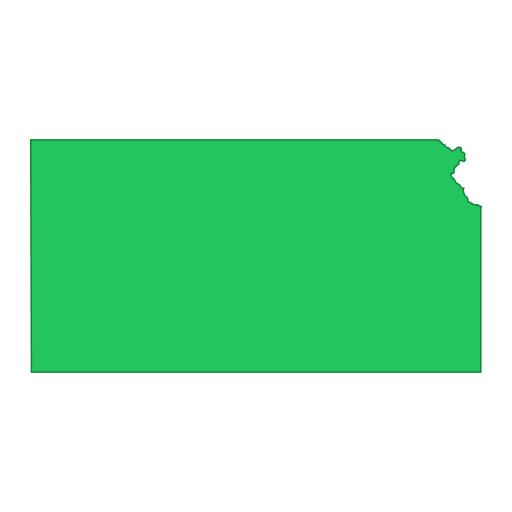 Kansas, Mercator projection
{"feature_id": "USA-3530", "entity_name": "Kansas", "entity_type": "State", "adm_level": 1, "iso_a3": "USA", "parent_name": "United States of America", "parent_adm1": "", "projection": "mercator", "projection_center": [-97.125, 38.5], "detail": "fine", "context": "isolated", "style": "filled", "palette": "green", "viewbox_px": 512, "rotation_deg": 0, "n_neighbors": 0, "source": "natural_earth", "source_scale": "10m", "svg_char_len": 2597}
<svg xmlns="http://www.w3.org/2000/svg" viewBox="0 0 512 512"><path d="M31.4,372.1L31.4,365.0L31.4,357.9L31.4,350.7L31.3,343.6L31.3,336.4L31.3,329.3L31.3,322.1L31.3,314.9L31.2,307.8L31.2,300.6L31.2,293.4L31.2,286.2L31.1,278.9L31.1,271.7L31.1,264.5L31.1,257.2L31.0,250.0L31.0,242.7L31.0,235.4L31.0,228.1L31.0,220.8L30.9,213.5L30.9,206.2L30.9,198.9L30.9,191.5L30.9,184.2L30.8,176.8L30.8,169.5L30.8,162.1L30.8,154.7L30.7,147.3L30.7,139.9L45.0,139.9L57.7,139.9L70.4,139.9L83.1,139.9L95.8,139.9L108.5,139.9L121.2,139.9L133.9,139.9L146.6,139.9L159.3,139.9L172.0,139.9L184.6,139.9L197.3,139.9L210.0,139.9L222.7,139.9L235.4,139.9L248.1,139.9L260.8,139.9L273.5,139.9L286.2,139.9L298.9,139.9L311.6,139.9L324.3,139.9L336.9,139.9L349.6,139.9L362.3,139.9L375.0,139.9L387.7,139.9L400.4,139.9L413.1,139.9L425.8,139.9L438.5,139.9L441.9,143.1L442.7,144.3L443.4,144.5L444.2,144.6L444.7,144.9L445.1,145.6L445.3,146.2L445.6,146.8L446.1,147.3L446.7,147.5L447.9,147.6L448.6,147.9L449.3,148.4L450.9,150.3L452.2,150.9L453.6,150.5L454.9,149.7L456.7,148.1L457.6,147.6L458.6,147.3L460.0,147.3L460.8,147.7L461.2,148.6L461.2,149.7L460.7,150.5L461.6,151.6L464.3,153.2L464.8,154.0L464.8,154.9L464.5,156.4L464.4,157.3L464.6,158.3L465.1,158.8L465.4,159.4L465.3,160.3L464.3,161.2L463.0,161.1L460.0,160.3L459.5,160.5L459.2,161.2L459.0,162.0L458.9,163.9L458.5,164.4L458.0,164.6L457.3,165.1L455.4,167.0L454.4,168.4L454.0,169.7L454.1,171.4L454.0,172.3L453.8,173.0L453.1,173.4L451.5,173.5L451.1,173.7L451.0,175.3L451.7,176.9L452.8,178.1L453.8,178.6L454.2,179.2L455.5,182.0L456.1,182.9L456.6,183.2L457.7,183.7L460.3,185.6L460.5,186.0L460.8,187.3L461.1,187.7L463.8,188.3L463.2,189.7L463.7,192.8L465.0,196.0L467.1,197.4L467.7,198.1L467.8,199.8L468.0,201.4L469.2,202.2L470.4,202.6L473.1,204.3L474.4,204.9L476.3,204.8L477.2,204.9L477.8,204.9L478.1,204.9L478.4,205.1L478.5,205.8L478.7,206.0L480.2,206.1L481.2,206.5L481.3,207.1L480.4,208.1L480.5,208.2L480.5,208.4L480.6,208.7L480.8,208.8L480.8,209.3L480.8,215.0L480.8,225.0L480.8,234.9L480.8,244.8L480.8,254.7L480.8,264.6L480.8,274.4L480.8,284.3L480.8,294.1L480.8,303.9L480.8,313.7L480.8,323.5L480.8,333.2L480.8,343.0L480.8,352.7L480.8,362.4L480.8,372.1L466.8,372.1L452.8,372.1L438.8,372.1L424.9,372.1L410.9,372.1L396.9,372.1L382.9,372.1L368.9,372.1L354.9,372.1L340.9,372.1L326.9,372.1L312.9,372.1L298.9,372.1L284.9,372.1L270.9,372.1L256.9,372.1L242.9,372.1L229.0,372.1L215.0,372.1L201.0,372.1L187.0,372.1L173.0,372.1L159.0,372.1L145.0,372.1L131.0,372.1L117.0,372.1L103.0,372.1L89.0,372.1L75.0,372.1L61.0,372.1L47.0,372.1L31.4,372.1Z" fill="#22c55e" stroke="#15803d" stroke-width="1.5"/></svg>